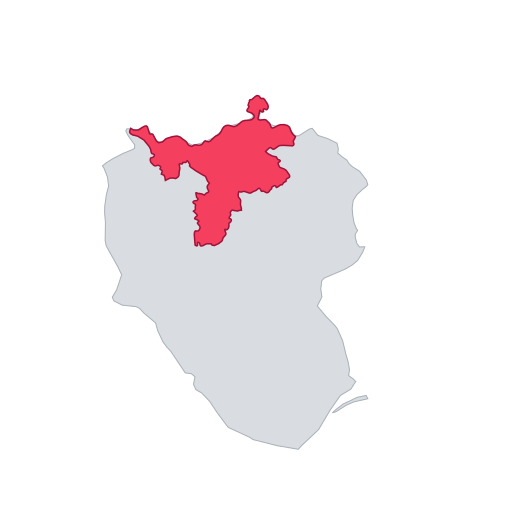 Vilniaus highlighted on a map of Lithuania, rotated 228°
{"feature_id": "LTU-1075", "entity_name": "Vilniaus", "entity_type": "County", "adm_level": 1, "iso_a3": "LTU", "parent_name": "Lithuania", "parent_adm1": "", "projection": "mercator", "projection_center": [25.254, 54.825], "detail": "fine", "context": "in_parent", "style": "filled", "palette": "rose", "viewbox_px": 512, "rotation_deg": 228, "n_neighbors": 0, "source": "natural_earth", "source_scale": "10m", "svg_char_len": 8075}
<svg xmlns="http://www.w3.org/2000/svg" viewBox="0 0 512 512"><g transform="rotate(228 256 256)"><path d="M190.0,343.0L187.4,337.8L184.7,328.6L185.0,321.2L186.5,313.8L194.0,291.8L193.6,288.3L188.2,282.1L181.5,277.6L177.8,268.1L164.2,267.6L151.3,268.1L147.3,267.7L135.1,263.7L123.3,257.3L115.4,253.5L108.8,249.3L105.2,244.8L99.6,246.0L95.8,246.1L95.8,245.3L93.6,237.4L95.9,225.4L91.8,207.7L85.1,186.3L84.6,163.2L84.1,158.1L100.6,145.0L121.5,131.0L126.2,129.7L145.5,121.4L148.0,120.7L165.4,122.3L179.0,124.3L190.4,124.0L196.8,121.9L202.5,123.7L207.1,129.9L211.8,129.2L216.5,125.2L242.1,128.9L247.9,128.8L254.5,129.4L266.5,133.1L273.4,136.6L288.6,134.5L295.2,134.4L298.6,133.0L309.1,123.6L313.6,122.0L317.8,120.3L321.6,121.7L324.1,129.8L331.9,143.6L340.3,146.1L363.6,151.4L368.4,154.2L381.5,166.4L389.4,172.4L394.4,177.1L402.1,186.4L406.5,193.2L413.8,198.3L422.6,201.7L425.7,202.2L425.5,207.1L424.0,215.4L421.1,226.1L418.1,234.4L417.3,237.6L419.7,240.2L431.1,241.5L436.0,242.9L436.9,245.1L434.4,247.9L430.7,250.3L429.1,252.5L426.2,260.5L407.1,259.5L404.6,261.1L403.4,264.8L402.4,269.1L399.9,274.1L394.9,278.5L387.0,280.2L380.5,283.2L375.7,292.4L372.1,304.7L372.1,313.4L372.6,318.3L372.2,321.0L369.8,324.1L365.8,332.0L362.5,340.9L361.3,345.6L361.9,347.9L365.6,347.9L370.8,349.7L373.6,353.3L374.7,357.3L374.7,361.7L373.7,364.1L369.5,365.8L362.9,365.9L359.0,363.8L358.2,362.2L360.0,358.0L358.7,352.7L356.0,349.8L350.4,354.2L345.0,354.1L338.6,358.0L334.4,364.3L330.4,366.6L319.5,365.3L316.8,368.1L314.6,380.7L313.3,383.2L304.2,382.7L295.5,387.7L285.6,391.7L280.6,388.9L277.8,385.7L272.4,386.3L266.5,387.7L262.6,386.9L258.1,387.3L249.6,389.7L238.8,388.9L234.3,386.9L233.8,384.8L234.2,379.9L234.1,372.3L232.3,365.5L227.2,359.5L221.8,355.3L214.9,351.0L209.8,349.1L207.0,348.6L206.4,346.1L205.4,343.9L203.0,342.0L197.9,339.4L193.6,338.9L190.0,343.0ZM78.7,244.5L75.1,243.6L82.1,231.1L84.8,223.0L86.7,211.4L88.3,207.8L88.4,213.1L87.7,221.8L83.2,236.7L78.7,244.5Z" fill="#d9dde1" stroke="#a8b0b8" stroke-width="1"/><path d="M434.7,248.4L432.3,249.0L431.4,249.6L429.6,251.3L428.6,252.7L428.2,253.8L427.8,256.8L427.1,259.9L426.2,261.5L424.8,261.8L418.3,258.8L417.4,258.9L416.9,259.5L416.5,260.1L416.2,260.5L415.6,260.7L415.0,260.7L408.2,258.9L405.4,259.4L403.5,262.5L403.3,263.7L403.4,266.4L403.3,267.7L403.0,268.6L400.7,273.6L398.6,276.8L397.7,277.8L395.5,279.1L388.0,280.6L386.8,280.6L384.6,280.1L383.5,280.1L381.2,281.1L380.4,281.7L380.2,282.5L380.1,283.5L379.7,284.6L378.4,286.1L377.0,287.2L375.8,288.5L375.1,290.5L375.2,291.4L375.7,293.6L375.8,294.5L375.5,295.4L375.2,295.6L374.8,295.6L374.2,295.9L372.8,297.1L372.2,298.0L372.0,299.5L372.2,304.9L372.1,306.0L371.9,307.1L371.5,308.1L371.3,309.2L371.2,310.5L371.6,312.6L373.1,316.4L373.5,318.5L373.2,320.6L372.3,322.2L371.1,323.4L367.4,325.7L366.4,327.0L365.7,329.1L365.5,331.9L365.5,334.1L365.3,336.1L364.2,338.4L361.4,341.9L360.2,344.1L360.1,346.8L361.0,348.2L362.3,348.7L365.0,348.5L368.7,346.5L369.6,346.3L370.4,346.8L370.8,347.7L371.0,348.7L371.6,350.6L371.9,351.0L372.1,351.0L372.8,350.8L373.1,350.8L373.7,351.5L374.2,352.3L374.7,353.2L375.1,354.4L375.4,354.7L375.7,354.9L376.0,355.1L376.2,355.7L376.0,356.2L375.3,357.2L375.1,357.7L375.0,362.5L374.6,364.1L373.1,365.2L372.4,365.3L370.1,365.0L369.4,365.3L368.5,366.7L367.8,367.0L366.5,367.1L361.0,366.2L359.3,365.4L357.9,364.0L357.5,362.1L357.9,361.4L359.7,360.8L360.1,360.0L359.8,359.1L358.3,358.3L358.5,357.3L359.7,356.5L361.2,356.7L361.7,356.3L357.3,350.3L357.0,349.7L356.6,349.3L355.9,349.1L354.3,349.9L351.8,353.5L350.3,354.5L345.3,354.8L341.4,353.4L340.3,353.6L339.5,354.9L338.2,359.9L337.2,362.1L334.7,364.9L332.0,366.7L329.2,367.1L324.4,365.2L321.6,364.8L318.7,365.2L318.4,365.3L317.3,363.1L316.8,361.6L316.6,360.9L316.2,360.4L315.6,360.0L314.1,359.3L313.5,358.7L313.2,357.9L313.4,356.9L320.0,350.3L322.3,347.4L322.7,345.8L323.0,342.6L323.3,341.1L323.5,340.6L323.8,340.3L324.4,339.9L326.1,339.6L327.2,339.0L327.4,337.8L327.3,333.0L324.2,333.3L319.2,335.1L316.3,337.3L315.7,337.4L314.8,337.1L313.6,336.9L312.9,337.0L311.9,337.6L311.4,337.8L310.7,337.8L310.3,337.3L310.2,336.6L310.4,335.9L310.4,335.3L310.3,334.7L309.9,334.3L308.1,333.5L306.4,333.1L305.5,333.2L304.5,333.8L303.0,334.5L302.2,335.0L300.2,335.6L299.1,335.7L293.7,335.0L292.5,334.2L292.2,333.5L292.2,332.6L292.5,331.7L292.8,330.1L292.5,329.4L291.4,328.2L291.4,327.9L291.5,327.6L291.8,327.3L291.9,326.3L292.0,325.6L291.4,323.2L292.1,322.4L292.5,321.0L292.7,318.8L292.9,317.8L293.2,317.1L293.8,317.0L294.3,317.3L294.8,317.4L295.4,317.3L295.8,316.9L296.2,316.3L296.3,315.3L296.5,314.6L296.5,314.0L296.4,313.6L295.5,312.6L295.6,311.3L295.6,310.8L295.4,310.0L295.2,309.1L295.1,308.3L295.2,307.3L295.7,306.4L296.7,305.8L299.3,305.0L300.0,303.7L300.4,303.4L301.1,303.4L303.3,304.0L304.0,303.8L304.5,303.3L304.6,302.1L304.6,301.0L304.7,300.0L305.0,299.0L305.8,296.8L306.2,294.8L306.4,294.1L306.8,293.6L307.5,293.0L311.6,290.7L312.4,289.9L313.5,287.7L315.3,286.3L314.9,285.6L313.6,283.8L312.5,282.9L311.4,282.4L308.7,282.2L307.6,281.8L304.3,278.6L301.1,277.0L300.3,276.0L299.8,275.8L301.0,274.1L301.4,273.2L301.7,272.5L301.9,272.2L302.3,271.9L303.0,271.4L303.3,271.2L303.7,270.7L304.0,270.4L305.1,269.8L305.6,269.4L306.0,269.0L306.1,268.5L306.1,267.9L305.9,266.8L305.3,265.7L303.4,264.8L302.6,261.9L302.3,261.5L301.7,261.3L300.5,262.0L299.8,262.0L299.0,261.6L298.4,260.3L298.3,259.0L298.4,258.1L298.3,257.5L297.7,257.0L296.7,256.3L296.2,255.8L295.6,255.0L295.1,254.0L294.9,252.5L295.1,251.7L295.6,251.2L296.2,251.1L296.6,250.8L296.5,250.4L295.7,249.9L293.3,249.0L292.5,248.4L292.0,247.4L291.5,243.6L290.3,241.6L289.9,240.4L290.0,239.0L290.2,238.0L290.1,237.0L290.4,235.9L290.6,235.3L291.6,232.1L293.3,230.7L293.8,230.6L294.3,230.6L294.7,230.9L295.3,230.6L297.5,228.2L298.2,227.1L298.6,226.0L299.0,224.1L299.4,223.1L300.1,221.9L300.8,221.6L301.5,221.7L302.9,222.5L303.6,222.6L304.6,222.4L305.0,222.0L304.9,221.4L304.5,220.9L303.4,220.1L303.0,219.6L303.0,219.0L303.3,218.6L303.6,218.4L304.8,218.0L313.3,224.5L314.8,226.2L315.2,227.2L315.2,227.8L314.9,228.2L314.0,228.7L313.7,229.2L313.4,229.8L313.4,230.5L313.4,231.2L313.6,231.8L314.3,233.2L315.1,233.8L316.1,234.2L319.0,234.3L319.7,234.5L320.0,235.1L320.0,235.8L319.9,236.5L320.1,236.9L320.6,237.0L321.8,236.7L324.3,235.5L324.7,235.4L325.0,235.6L325.3,236.4L325.4,237.3L325.3,238.9L325.3,239.4L325.9,239.7L326.5,239.8L331.2,239.5L331.0,241.6L331.3,242.1L331.8,242.7L333.5,244.0L334.3,245.2L334.9,245.5L335.5,245.4L336.2,245.1L337.1,244.9L338.0,245.1L338.4,245.6L338.5,246.2L338.2,246.9L337.9,247.6L337.0,248.8L336.7,249.4L336.9,250.7L337.3,251.2L338.0,251.2L338.6,251.1L339.3,251.1L342.3,252.9L343.1,253.5L343.0,254.0L342.5,254.3L341.8,254.5L341.2,254.8L340.5,255.7L339.5,256.4L338.6,257.1L338.0,257.5L335.9,258.3L336.0,260.5L335.7,262.2L335.3,263.4L335.5,264.0L335.9,264.3L338.4,265.0L339.3,265.4L340.4,266.3L340.7,267.1L340.9,267.6L341.3,270.0L344.2,270.1L348.1,271.5L349.1,271.6L350.0,271.5L350.8,271.0L359.2,268.4L365.6,266.9L367.5,266.9L367.7,267.3L367.9,267.8L368.4,268.1L371.7,268.7L372.6,268.7L372.9,268.4L372.6,267.8L372.5,267.0L372.6,266.2L373.8,265.1L374.3,264.5L374.5,264.1L374.3,263.8L373.9,263.5L373.8,263.0L374.0,262.4L375.5,261.1L375.7,260.5L375.3,260.0L374.7,259.8L374.1,259.4L373.6,259.0L372.5,258.4L371.9,257.8L370.9,256.6L370.5,256.0L370.1,255.4L368.3,253.6L367.3,252.4L367.1,251.7L366.9,250.8L367.1,249.1L367.3,248.4L367.6,247.8L369.3,246.7L371.2,244.5L371.6,243.6L372.8,239.2L375.5,241.0L377.7,241.7L380.1,240.4L380.8,241.3L381.4,242.6L382.0,243.1L382.7,243.3L384.5,242.8L384.9,242.9L385.3,243.4L385.6,244.3L385.9,244.7L386.6,244.9L387.7,244.6L388.5,244.2L389.1,243.7L389.4,243.2L390.0,241.9L390.3,241.5L390.7,241.1L391.1,240.9L391.7,240.7L395.5,240.5L396.4,240.7L398.0,241.5L398.8,242.3L399.2,243.0L399.2,243.8L398.7,244.6L398.3,245.6L398.2,246.7L398.7,247.7L399.4,248.2L400.5,248.0L401.1,247.5L401.7,247.2L402.4,247.2L403.6,247.7L405.8,249.1L408.9,249.9L417.2,250.3L424.1,248.3L427.2,246.3L427.6,245.9L428.1,245.5L431.0,244.6L431.8,244.7L432.7,245.1L433.2,245.5L434.5,247.9L434.7,248.4Z" fill="#f43f5e" stroke="#9f1239" stroke-width="1.5"/></g></svg>